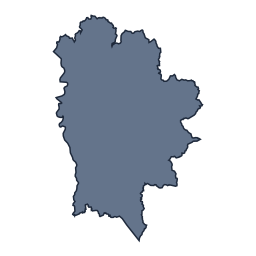 Paranã, Tocantins, Brazil (Natural Earth projection)
{"feature_id": "56859067B79716917554970", "entity_name": "Paranã", "entity_type": "district", "adm_level": 2, "iso_a3": "BRA", "parent_name": "Brazil", "parent_adm1": "Tocantins", "projection": "natural_earth1", "projection_center": [-47.802, -12.753], "detail": "fine", "context": "isolated", "style": "filled", "palette": "slate", "viewbox_px": 256, "rotation_deg": 0, "n_neighbors": 0, "source": "geoboundaries", "source_scale": "gbopen_adm2", "svg_char_len": 5723}
<svg xmlns="http://www.w3.org/2000/svg" viewBox="0 0 256 256"><path d="M191.3,80.1L190.3,80.6L187.7,80.8L185.8,79.9L184.0,80.1L181.8,79.3L179.4,80.8L177.0,79.9L175.7,77.4L175.4,75.7L174.4,74.5L172.6,75.9L170.4,75.9L168.9,79.2L166.6,81.2L163.9,81.3L163.4,80.3L162.1,80.1L160.9,78.9L161.3,75.5L161.0,74.4L158.7,73.3L159.1,72.6L160.0,72.8L160.5,71.8L160.2,70.1L159.0,69.4L158.0,69.4L157.6,68.4L158.0,68.2L157.2,65.8L157.7,65.5L159.5,65.6L159.6,65.0L159.2,64.5L159.5,63.5L159.2,61.9L159.6,61.4L158.7,60.5L158.5,59.2L159.5,57.7L159.4,56.5L159.8,56.3L159.6,55.4L159.8,53.3L160.8,52.3L160.4,48.3L158.6,48.3L157.8,47.2L157.0,45.9L157.0,45.2L156.0,42.9L155.8,41.2L154.4,39.3L154.0,39.1L151.1,41.4L149.0,42.5L148.8,39.7L145.3,37.8L144.0,33.8L143.0,32.4L143.0,31.0L142.5,30.1L141.5,30.2L139.7,31.5L137.7,31.1L134.9,31.7L133.7,33.1L132.8,33.3L131.9,33.0L130.8,31.5L128.0,31.4L125.5,30.3L125.2,30.4L124.6,31.7L122.1,33.7L121.1,35.7L120.9,40.4L121.2,41.6L120.4,43.1L118.7,43.8L116.7,43.1L115.1,43.2L112.5,45.1L112.0,46.4L111.8,45.7L112.1,43.5L114.3,42.5L115.2,41.6L115.4,39.3L117.0,35.7L116.4,34.5L115.4,33.9L116.0,30.9L115.8,29.6L116.3,28.3L115.4,27.8L114.0,28.3L113.6,28.0L113.0,27.6L113.5,26.7L113.1,25.2L112.6,25.0L111.5,23.1L110.6,23.3L108.8,21.9L108.4,21.9L107.8,21.2L108.0,20.5L107.7,19.9L106.2,19.8L105.4,18.4L103.7,17.3L102.3,17.5L102.1,18.0L100.3,17.9L99.9,17.6L99.4,17.9L98.4,17.8L97.1,18.8L94.9,16.2L93.1,16.1L91.2,15.4L91.0,16.0L91.5,16.1L91.4,17.4L90.7,19.1L88.7,19.0L87.8,17.6L86.7,17.7L85.9,19.5L84.9,20.6L84.1,21.1L83.2,20.9L82.3,21.9L80.8,22.1L80.2,22.9L80.2,25.2L79.5,26.7L79.7,27.5L80.6,28.1L82.2,29.9L80.6,32.8L80.5,31.0L80.1,30.7L79.2,30.6L78.5,31.8L77.2,33.0L75.7,33.8L75.2,34.6L75.5,35.9L74.8,37.7L74.8,38.3L75.3,39.1L75.4,40.3L74.3,41.9L73.9,40.9L72.8,39.4L72.4,38.1L69.5,38.2L68.8,36.8L66.2,35.7L65.6,34.6L63.1,36.4L61.4,36.8L60.5,36.4L59.9,37.6L60.0,39.1L59.1,41.7L58.7,42.1L57.8,41.8L56.8,42.1L56.7,43.2L57.5,44.6L56.6,47.9L53.5,51.6L61.1,58.6L61.3,59.6L61.0,63.1L61.4,65.7L62.1,66.8L63.9,68.1L64.7,70.3L64.7,71.9L64.0,73.3L60.4,77.9L59.9,79.7L60.2,81.8L66.6,82.3L67.6,83.2L67.7,84.4L67.3,85.8L64.8,87.1L64.0,88.2L64.9,91.6L64.7,93.4L64.2,94.5L61.8,96.0L56.1,97.6L56.8,98.7L61.4,102.5L61.7,103.0L60.9,103.6L59.3,103.4L58.8,103.7L58.6,104.8L59.1,107.1L59.1,109.0L56.6,112.4L56.4,113.3L57.1,115.9L58.2,116.8L60.3,117.4L62.1,117.4L62.9,116.2L63.3,116.8L63.2,118.6L62.6,120.6L61.3,122.3L59.6,123.5L59.2,124.5L59.4,125.9L60.1,126.9L60.8,127.0L62.4,126.0L63.1,126.1L65.1,126.9L65.4,127.4L65.3,129.2L63.2,133.4L63.3,136.0L64.7,140.0L67.7,143.2L69.9,147.5L70.4,152.9L72.5,157.3L73.0,159.5L73.6,160.4L75.7,162.2L76.8,164.8L76.6,166.1L75.6,167.8L76.0,172.4L75.3,174.6L75.2,176.2L76.5,178.3L76.7,180.3L78.4,182.5L78.5,183.2L77.0,185.8L76.9,188.4L76.4,190.7L74.8,192.8L74.7,194.6L73.4,196.4L73.8,199.8L75.0,201.5L73.2,203.7L73.0,205.4L74.1,205.7L74.6,206.5L74.9,211.2L73.0,213.5L72.7,214.4L73.8,215.2L74.1,214.9L74.6,215.8L74.8,214.8L75.5,215.3L76.3,215.1L79.4,213.8L79.6,213.2L81.5,212.4L82.6,213.0L83.0,212.7L83.0,212.2L83.5,212.6L84.5,212.5L84.5,212.0L85.1,211.6L84.8,211.1L85.1,210.9L85.3,209.0L85.9,209.1L85.3,205.2L85.5,204.7L86.6,204.6L87.2,204.1L88.0,204.8L88.4,205.5L88.1,206.0L88.9,207.2L91.1,207.0L91.7,208.6L91.3,208.9L91.4,210.1L91.8,209.8L92.4,210.9L95.9,210.4L97.4,210.6L98.2,211.8L98.5,213.3L99.3,214.0L99.6,216.1L100.1,216.5L103.3,215.1L104.3,212.9L105.3,213.4L105.8,212.9L106.7,214.0L108.1,214.1L108.7,214.8L108.9,216.2L109.4,216.3L110.0,215.4L110.9,217.3L111.5,217.4L113.2,217.4L114.4,216.6L115.7,216.7L116.6,217.2L119.5,216.2L122.3,218.6L126.7,224.9L139.1,240.6L139.5,237.9L140.6,235.8L141.9,234.6L142.3,232.5L143.9,230.6L144.5,228.6L145.1,228.7L146.0,227.6L146.2,225.9L146.6,225.2L144.7,224.5L142.9,222.4L143.0,221.2L142.4,219.4L142.4,218.1L142.1,217.8L142.4,216.8L141.4,214.8L141.9,214.4L142.0,210.7L142.9,210.3L144.2,208.6L143.2,206.5L143.4,205.3L142.0,204.0L142.5,203.1L142.3,201.6L140.8,201.3L140.9,200.7L140.5,200.1L141.4,199.4L140.9,198.9L141.5,198.3L140.9,197.8L141.6,197.3L142.1,196.4L142.2,195.0L140.6,193.9L140.4,193.4L141.5,192.1L142.3,192.0L142.6,190.7L143.6,190.7L143.6,189.9L143.2,189.3L143.3,188.3L142.9,188.0L143.5,187.1L143.4,186.0L144.9,184.9L145.0,183.4L146.0,184.4L147.3,183.5L147.8,183.6L150.7,185.4L153.9,185.5L154.5,184.7L155.7,184.7L156.1,184.8L156.1,185.4L156.8,186.1L157.4,186.3L158.6,187.5L160.0,188.0L162.1,187.7L163.4,185.4L164.6,184.6L166.3,184.8L167.7,185.6L169.0,184.8L169.2,185.1L170.3,185.0L175.5,186.2L176.9,185.7L177.0,184.1L176.5,182.2L176.9,181.6L177.3,178.9L177.0,178.3L175.8,178.0L175.5,175.6L176.0,173.8L174.5,171.2L172.0,170.2L171.6,166.7L172.2,165.0L171.9,163.5L170.5,161.2L168.8,160.2L169.5,159.8L171.3,156.7L173.8,156.8L174.2,156.3L174.9,156.5L176.2,157.9L178.6,157.3L179.4,156.6L179.7,156.9L181.7,155.7L182.0,155.0L182.0,153.1L183.7,153.4L184.6,152.9L185.0,151.0L185.9,150.7L186.6,148.9L187.5,147.7L187.7,146.5L187.5,145.3L187.9,144.2L192.0,142.3L193.3,141.2L197.1,141.1L200.3,139.3L198.5,138.2L198.0,138.5L197.2,137.7L195.3,137.6L193.8,138.0L192.2,137.7L191.3,135.5L191.0,134.0L188.5,132.5L186.8,130.2L185.5,130.0L183.7,128.5L183.0,126.3L182.0,125.4L181.6,123.7L180.6,122.2L180.6,120.4L182.5,119.2L183.0,119.5L184.0,118.3L184.4,118.5L185.9,117.9L187.8,118.7L188.4,118.6L194.2,115.1L195.5,113.7L196.1,112.0L197.4,110.7L197.7,109.5L198.8,108.5L199.7,108.5L200.1,108.0L200.4,107.5L199.7,105.9L200.6,106.1L201.9,105.8L202.5,104.6L201.4,104.1L201.1,103.0L198.9,99.8L197.9,100.1L196.0,99.0L197.5,96.0L197.7,94.2L198.7,93.6L198.9,93.1L198.8,91.9L199.3,90.8L197.9,89.5L198.5,88.6L198.0,87.1L196.8,87.0L194.9,85.4L195.1,84.3L194.6,83.1L194.8,82.3L194.5,81.8L193.6,81.8L192.9,80.7L191.7,80.7L191.3,80.1Z" fill="#64748b" stroke="#1e293b" stroke-width="1.5"/></svg>